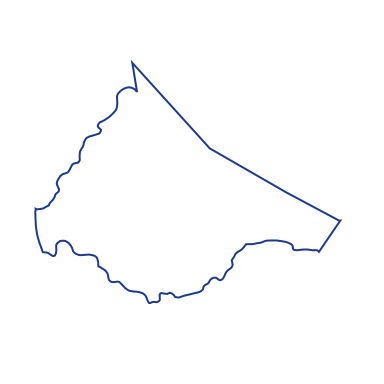 the district of Choucomel, Micoud, Saint Lucia, rotated 190°
{"feature_id": "8701671B85920169217386", "entity_name": "Choucomel", "entity_type": "district", "adm_level": 2, "iso_a3": "LCA", "parent_name": "Saint Lucia", "parent_adm1": "Micoud", "projection": "natural_earth1", "projection_center": [-60.959, 13.833], "detail": "fine", "context": "isolated", "style": "outline", "palette": "blue", "viewbox_px": 384, "rotation_deg": 190, "n_neighbors": 0, "source": "geoboundaries", "source_scale": "gbopen_adm2", "svg_char_len": 5927}
<svg xmlns="http://www.w3.org/2000/svg" viewBox="0 0 384 384"><g transform="rotate(190 192 192)"><path d="M273.2,308.8L263.5,281.0L263.9,281.4L264.4,281.9L264.9,282.1L266.1,283.1L266.3,283.1L268.2,283.9L268.6,283.9L268.8,284.0L269.1,284.0L269.3,284.2L271.5,284.2L272.4,284.1L274.4,283.4L275.7,282.8L276.0,282.5L277.0,281.9L278.4,280.7L279.9,279.1L281.3,277.1L281.8,276.3L282.2,275.2L282.3,274.6L282.4,272.9L282.2,272.6L282.1,271.2L281.5,269.1L281.5,268.7L281.3,267.9L281.2,267.4L281.1,267.1L281.1,266.9L280.9,266.5L280.9,266.3L280.9,266.0L280.8,264.6L280.8,264.3L280.7,262.5L280.8,261.2L280.8,260.9L281.3,259.4L282.1,257.7L283.0,256.4L283.3,255.9L285.8,252.5L287.0,251.1L290.3,248.0L290.8,247.4L291.4,247.0L293.3,245.6L294.4,245.0L294.7,244.6L294.9,244.5L295.2,244.1L295.4,243.5L295.6,243.4L295.8,243.0L296.1,242.0L296.2,241.6L296.3,241.3L296.3,240.6L296.2,240.3L296.0,240.0L295.7,239.8L295.3,239.3L294.9,239.1L294.6,238.8L294.1,238.6L293.5,238.2L292.7,237.7L292.2,237.2L292.3,236.6L292.4,236.2L292.6,235.5L292.9,234.4L293.1,234.0L293.8,233.3L294.0,233.3L294.9,232.7L297.3,231.5L298.0,231.1L298.3,231.0L299.6,230.3L300.5,229.9L302.9,228.7L304.5,227.5L305.1,227.0L305.6,226.3L305.7,226.1L305.8,225.9L306.2,225.0L306.4,224.2L306.7,223.3L306.9,222.5L307.1,221.3L307.0,220.7L307.1,219.4L307.2,218.7L307.2,218.2L307.5,217.1L308.0,216.3L308.8,214.2L309.0,213.7L309.2,212.6L309.3,211.6L309.2,210.2L309.1,209.5L309.0,208.3L308.9,207.9L308.8,207.1L308.6,206.6L308.5,205.9L308.2,204.7L308.1,204.0L308.5,202.4L308.8,201.8L309.0,201.7L309.1,201.3L309.6,201.1L309.9,201.0L310.1,200.8L310.4,200.8L310.7,200.6L311.7,200.2L312.3,199.8L312.7,199.8L313.6,199.3L314.7,198.1L314.8,197.6L315.0,197.4L315.4,195.7L315.6,195.3L316.4,192.6L317.3,190.4L317.6,190.0L317.9,189.6L318.8,189.1L319.2,188.8L319.4,188.7L319.8,188.5L320.2,188.2L320.4,188.2L320.8,188.0L321.2,187.7L321.4,187.7L321.6,187.5L322.0,187.3L322.9,186.7L323.8,185.7L324.1,185.2L324.3,185.1L324.8,184.0L325.0,183.5L325.7,182.0L326.6,179.2L326.6,176.5L326.2,175.9L326.1,175.6L325.6,174.9L325.2,174.2L324.6,173.4L323.6,171.9L323.4,171.5L323.3,170.9L323.3,170.0L323.5,169.2L323.8,168.8L325.0,167.4L325.9,166.3L326.2,165.3L326.2,164.7L326.3,163.8L326.7,162.5L327.0,161.8L327.2,161.2L328.0,159.5L328.3,159.2L328.4,158.9L328.6,158.7L328.8,158.3L329.0,158.2L329.1,157.9L329.9,156.8L330.0,156.4L330.1,156.2L330.5,155.3L330.5,154.1L331.6,153.3L335.8,149.9L337.2,149.4L341.5,148.0L343.0,148.3L342.9,148.1L342.9,145.2L342.6,143.9L341.7,139.4L340.8,135.7L340.3,133.1L339.4,130.0L337.7,124.8L336.0,120.6L333.6,115.9L333.1,114.8L331.3,111.9L329.3,108.2L328.3,106.8L324.7,107.2L322.8,106.9L322.3,106.6L319.2,105.2L318.0,104.9L317.3,104.9L316.0,105.6L315.4,107.7L315.4,110.2L315.7,112.1L316.5,115.6L316.5,116.4L315.6,118.5L313.5,120.7L310.9,121.6L308.5,121.8L306.5,121.2L304.4,120.2L302.2,118.3L300.3,116.0L298.8,113.0L297.5,111.9L295.6,111.0L293.7,110.6L292.2,110.3L290.6,110.5L282.6,112.5L281.3,112.5L277.7,112.4L276.8,112.2L275.5,111.6L274.6,111.1L274.2,110.4L273.7,109.9L273.1,108.7L272.4,106.9L272.1,106.3L271.8,104.5L271.2,102.4L270.5,102.4L269.4,102.1L267.3,101.1L265.4,100.5L263.1,99.1L262.1,98.2L260.9,96.8L260.4,95.7L260.0,94.4L259.0,92.0L258.2,90.7L257.5,90.2L255.9,89.5L255.0,89.4L252.3,89.9L250.1,90.8L248.1,90.8L247.2,90.3L243.0,87.3L241.6,86.1L239.0,84.7L237.5,84.1L235.3,83.8L231.5,83.9L229.2,84.2L226.0,84.2L224.7,83.9L223.3,83.8L222.4,83.5L220.6,82.4L219.2,81.2L216.8,77.2L216.1,76.3L214.9,75.2L213.7,75.5L212.3,76.5L211.0,77.0L209.5,77.3L207.3,77.4L205.4,79.1L205.0,80.0L205.1,81.1L205.5,82.5L205.7,84.1L206.0,84.7L206.0,85.3L205.7,86.3L204.7,87.2L202.5,87.1L198.5,87.3L197.9,88.0L196.9,88.4L196.5,88.9L194.2,88.6L191.7,87.1L190.6,85.8L190.1,85.6L186.5,85.8L185.9,86.2L185.5,86.4L184.7,87.0L184.2,87.1L181.3,88.7L178.0,90.1L177.4,90.4L177.2,90.4L176.9,90.5L176.5,90.8L176.2,90.8L172.9,92.4L171.4,93.0L170.8,93.2L169.9,93.7L169.6,93.7L169.4,93.9L169.1,93.9L168.0,94.5L166.6,95.4L166.2,95.7L166.0,95.9L165.8,96.0L165.6,96.3L165.4,96.6L164.9,97.1L164.6,97.6L164.4,97.9L164.3,98.5L164.2,99.1L164.2,99.8L164.2,100.3L163.9,101.3L163.6,101.8L162.6,103.0L160.7,104.3L160.4,104.7L159.8,105.7L159.6,106.2L159.5,106.8L158.6,108.8L157.9,109.6L157.5,110.1L157.0,110.6L156.5,111.0L156.0,111.2L155.1,111.5L154.5,111.6L153.2,111.6L152.8,111.5L150.7,110.3L149.4,110.0L148.7,110.0L147.7,110.7L146.8,111.7L146.5,112.1L146.3,112.7L145.9,113.7L145.8,113.9L145.7,114.3L145.3,115.8L145.1,116.2L145.1,116.7L144.9,117.5L144.6,118.5L143.9,119.9L143.0,121.2L142.2,122.0L142.1,122.3L141.3,122.9L140.6,123.7L140.2,124.3L139.7,125.3L139.4,126.3L139.4,127.8L139.7,128.3L139.8,128.7L140.3,129.9L140.8,130.9L140.9,131.1L140.9,131.5L140.7,132.4L140.3,133.4L140.0,134.0L139.0,136.2L138.9,136.8L138.9,137.3L138.8,137.5L138.5,138.5L137.3,140.2L137.0,140.3L136.9,140.5L136.4,141.2L136.1,141.3L136.0,141.5L135.5,141.8L134.7,142.5L134.3,142.8L132.7,144.4L132.0,145.6L131.6,146.3L131.3,146.8L131.2,147.0L131.1,147.3L130.8,147.9L130.2,148.9L129.8,149.8L129.6,149.8L129.3,149.9L129.2,150.1L128.5,150.2L127.9,150.4L127.4,150.4L127.2,150.5L126.6,150.5L126.0,150.7L125.3,150.8L125.0,150.9L124.6,150.9L123.8,151.0L122.2,151.6L121.4,151.9L117.5,153.4L117.0,153.5L116.8,153.6L116.6,153.6L115.1,154.2L111.1,156.7L108.2,157.5L107.5,157.6L106.2,157.9L105.5,158.0L105.3,158.1L104.9,158.1L104.5,158.2L103.2,158.5L102.9,158.5L102.5,158.6L101.3,158.8L99.7,159.0L93.7,159.2L92.7,159.1L91.0,159.2L88.8,158.8L87.5,158.5L85.5,157.8L85.1,157.8L84.1,157.0L83.5,156.4L83.1,154.9L82.9,154.4L82.8,153.9L82.5,153.3L81.7,152.8L81.3,152.7L79.9,152.7L79.6,152.8L79.0,152.8L78.0,153.0L77.6,153.1L77.3,153.2L77.1,153.3L76.7,153.4L75.4,153.8L74.7,154.0L74.4,154.1L73.7,154.2L73.6,154.4L73.0,154.5L72.4,154.7L69.8,155.1L69.3,155.3L68.3,155.4L62.8,155.6L62.2,155.7L62.0,155.8L61.5,155.8L60.7,156.1L60.1,156.2L58.9,156.3L58.0,156.2L56.6,155.1L41.0,189.6L42.0,189.3L99.7,208.2L182.0,238.0L273.2,308.8Z" fill="none" stroke="#1e3a8a" stroke-width="2"/></g></svg>